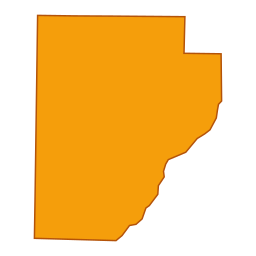 Fulton, Illinois, United States of America (Albers equal-area conic projection)
{"feature_id": "52423323B45529880929650", "entity_name": "Fulton", "entity_type": "district", "adm_level": 2, "iso_a3": "USA", "parent_name": "United States of America", "parent_adm1": "Illinois", "projection": "albers", "projection_center": [-90.101, 40.449], "detail": "fine", "context": "isolated", "style": "filled", "palette": "amber", "viewbox_px": 256, "rotation_deg": 0, "n_neighbors": 0, "source": "geoboundaries", "source_scale": "gbopen_adm2", "svg_char_len": 490}
<svg xmlns="http://www.w3.org/2000/svg" viewBox="0 0 256 256"><path d="M37.1,52.3L35.0,201.3L34.4,238.3L116.0,240.6L122.1,235.5L129.5,225.5L136.0,224.3L142.1,218.9L145.9,208.0L149.3,205.6L157.8,194.3L158.4,185.6L164.2,176.9L163.5,171.3L165.7,164.1L168.3,159.6L185.8,152.2L197.2,138.5L204.8,133.8L210.0,129.8L216.3,118.0L217.5,109.8L218.5,104.3L221.6,101.0L221.1,53.8L184.0,53.3L184.9,16.7L111.2,16.1L74.4,15.9L37.6,15.4L37.1,52.3Z" fill="#f59e0b" stroke="#b45309" stroke-width="1.5"/></svg>